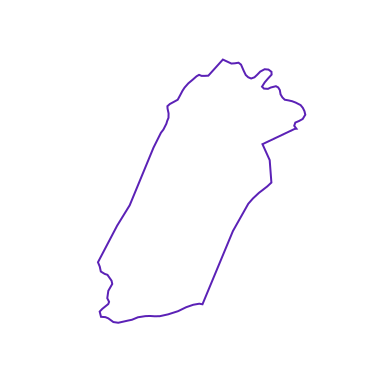 Serian, Sarawak, Malaysia, rotated 244°
{"feature_id": "92858781B75054597710860", "entity_name": "Serian", "entity_type": "district", "adm_level": 2, "iso_a3": "MYS", "parent_name": "Malaysia", "parent_adm1": "Sarawak", "projection": "equal_earth", "projection_center": [110.645, 1.147], "detail": "fine", "context": "isolated", "style": "outline", "palette": "violet", "viewbox_px": 384, "rotation_deg": 244, "n_neighbors": 0, "source": "geoboundaries", "source_scale": "gbopen_adm2", "svg_char_len": 1393}
<svg xmlns="http://www.w3.org/2000/svg" viewBox="0 0 384 384"><g transform="rotate(244 192 192)"><path d="M86.5,152.2L139.0,211.7L156.8,237.5L159.5,244.0L161.9,251.8L164.0,262.0L165.7,267.5L186.6,275.8L204.1,276.3L203.7,312.0L203.1,313.6L206.7,312.9L209.1,315.3L208.9,319.4L209.1,323.5L211.8,327.7L215.3,328.5L219.0,328.5L222.5,327.7L226.9,324.4L229.7,321.8L232.1,318.8L234.3,315.8L237.4,314.7L240.9,314.4L245.1,315.6L248.2,315.3L250.3,313.8L251.4,308.5L251.4,305.5L253.4,302.0L256.0,301.1L258.7,305.5L260.6,309.9L262.6,315.0L265.2,316.1L268.5,314.4L270.5,311.1L270.3,306.1L268.8,302.0L267.7,298.4L268.1,294.9L270.5,292.8L273.6,291.6L278.0,291.6L285.0,291.9L287.8,290.5L288.9,286.9L290.2,283.7L297.5,277.8L289.4,257.7L290.9,254.1L292.2,251.5L294.2,249.7L294.0,246.8L292.6,241.7L291.3,236.4L289.1,231.1L287.2,227.9L283.9,223.4L281.2,219.6L281.0,215.8L280.8,210.7L279.9,207.5L277.7,206.6L272.9,205.4L269.0,203.4L266.6,200.7L264.6,198.9L260.6,193.6L258.9,190.1L248.8,176.9L207.4,130.2L194.6,110.0L170.1,76.7L165.5,76.4L160.5,75.2L156.7,77.6L154.6,79.7L147.5,80.8L144.3,80.0L139.9,73.5L133.7,69.3L129.6,69.3L128.0,67.6L126.3,60.2L125.0,56.6L119.7,55.5L117.5,59.3L115.1,61.4L109.6,64.3L106.8,68.4L104.4,78.5L103.5,82.0L103.1,88.5L100.9,95.6L99.1,99.7L96.7,103.9L94.5,108.6L92.5,116.9L91.0,127.2L91.0,136.3L90.1,143.7L88.4,149.6L86.5,152.2Z" fill="none" stroke="#5b21b6" stroke-width="2"/></g></svg>